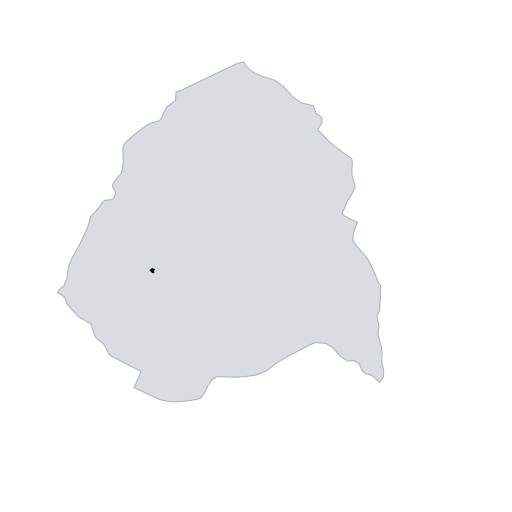 location of Epworth, Harare, Zimbabwe, rotated 205°
{"feature_id": "62879985B25596949610081", "entity_name": "Epworth", "entity_type": "district", "adm_level": 2, "iso_a3": "ZWE", "parent_name": "Zimbabwe", "parent_adm1": "Harare", "projection": "natural_earth1", "projection_center": [31.174, -17.897], "detail": "fine", "context": "in_parent", "style": "filled", "palette": "ink", "viewbox_px": 512, "rotation_deg": 205, "n_neighbors": 0, "source": "geoboundaries", "source_scale": "gbopen_adm2", "svg_char_len": 2652}
<svg xmlns="http://www.w3.org/2000/svg" viewBox="0 0 512 512"><g transform="rotate(205 256 256)"><path d="M349.2,426.9L345.4,424.0L340.1,422.1L333.4,421.2L324.7,421.6L314.0,423.2L302.6,421.3L290.3,415.8L280.1,413.9L268.0,416.3L267.5,416.3L265.4,414.5L262.0,410.5L256.5,409.8L255.0,408.9L253.7,407.4L252.9,405.6L252.6,403.5L253.5,397.0L253.0,396.2L251.5,395.5L248.4,394.7L241.1,391.7L231.9,388.9L217.0,385.7L211.2,384.9L209.9,384.0L208.2,381.5L205.3,374.1L202.6,369.1L196.1,361.5L195.1,359.2L195.3,353.1L195.8,348.2L196.5,344.1L196.1,340.2L196.0,335.4L196.2,332.2L195.3,330.8L193.0,329.8L186.3,329.3L178.3,329.5L178.0,324.6L177.2,317.1L175.7,312.7L173.8,310.4L170.1,308.1L162.6,304.8L152.4,299.9L143.6,292.6L133.6,283.5L130.5,282.0L126.7,273.4L121.0,258.9L121.3,254.0L120.4,251.6L114.9,244.5L113.7,240.8L112.7,237.0L103.9,226.5L100.9,221.9L98.6,216.1L96.3,211.4L94.4,209.5L91.9,206.3L90.2,202.6L89.4,199.9L90.0,196.3L90.8,193.8L99.1,196.4L103.6,196.6L107.1,195.3L111.5,197.0L116.8,201.8L122.5,202.7L128.6,199.7L136.9,200.6L147.4,205.3L156.1,206.3L166.4,202.1L175.5,190.5L184.1,179.5L192.6,166.9L197.7,156.7L205.2,148.4L215.1,142.0L225.2,136.6L240.7,130.0L243.8,124.6L244.8,118.6L244.8,110.3L245.6,105.0L247.2,102.5L249.7,100.6L253.1,98.2L263.3,91.9L271.8,87.8L282.2,85.2L293.6,85.2L304.7,85.2L310.9,85.1L311.0,93.1L311.5,102.1L312.7,102.9L321.0,103.1L334.3,103.7L347.0,104.3L355.2,110.8L357.9,112.2L366.4,114.0L377.3,124.8L390.3,125.8L399.3,129.2L407.2,132.9L411.7,137.4L414.6,138.4L418.6,138.7L420.5,139.1L420.1,142.3L417.4,147.8L417.8,155.6L421.4,166.4L421.9,175.8L420.7,192.3L420.7,208.4L421.1,214.1L421.7,217.9L422.4,220.0L422.3,222.4L420.1,229.1L418.3,236.2L418.2,239.0L417.6,241.0L416.3,242.8L410.6,246.1L409.6,248.1L409.6,251.8L410.3,254.8L412.5,256.0L415.0,257.7L416.0,260.0L416.0,262.5L415.2,267.0L412.9,274.4L415.2,283.0L417.7,288.5L421.2,295.0L422.6,298.9L422.5,301.8L422.0,304.5L416.7,316.3L412.9,323.6L408.3,331.4L402.2,336.3L400.6,338.7L399.9,341.4L400.2,347.2L399.9,353.4L394.6,362.8L397.8,370.9L397.1,371.7L395.3,372.8L387.8,382.0L380.2,391.2L374.6,398.0L368.3,405.7L361.3,414.3L355.2,421.6L349.2,426.9Z" fill="#d9dde1" stroke="#a8b0b8" stroke-width="1"/><path d="M345.1,199.7L345.2,199.4L345.2,199.2L345.4,199.1L345.4,198.8L345.4,198.7L345.5,198.6L345.6,198.4L345.4,198.3L345.2,198.2L343.8,197.8L343.7,197.8L343.5,197.7L342.5,197.4L342.2,197.7L342.1,197.8L341.9,198.2L342.3,198.5L343.0,199.3L342.7,200.6L342.8,200.6L343.4,200.6L344.0,200.6L343.9,200.3L343.9,200.2L344.2,200.2L344.3,200.0L344.3,199.9L344.3,199.7L344.7,199.7L344.8,199.8L345.0,199.9L345.1,199.7L345.1,199.7Z" fill="#0f172a" stroke="#020617" stroke-width="1.5"/></g></svg>